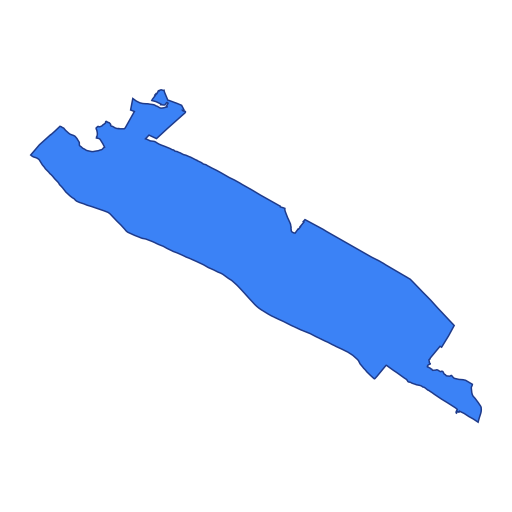 the district of Concesti, Botosani, Romania
{"feature_id": "2599482B49154697051389", "entity_name": "Concesti", "entity_type": "district", "adm_level": 2, "iso_a3": "ROU", "parent_name": "Romania", "parent_adm1": "Botosani", "projection": "natural_earth1", "projection_center": [26.588, 48.143], "detail": "fine", "context": "isolated", "style": "filled", "palette": "blue", "viewbox_px": 512, "rotation_deg": 0, "n_neighbors": 0, "source": "geoboundaries", "source_scale": "gbopen_adm2", "svg_char_len": 5979}
<svg xmlns="http://www.w3.org/2000/svg" viewBox="0 0 512 512"><path d="M478.1,422.2L479.3,417.8L480.6,413.8L481.1,411.8L481.3,409.7L481.1,407.3L480.7,406.3L478.3,402.7L475.1,398.4L474.4,397.6L473.1,396.2L472.3,394.6L471.8,392.7L471.3,388.1L471.4,387.0L472.1,385.6L472.4,384.3L465.6,380.3L463.0,379.7L458.9,379.4L454.2,378.3L452.4,376.6L451.8,375.7L451.6,375.5L451.1,375.5L450.7,375.6L450.0,376.1L449.5,376.2L446.7,375.9L446.1,375.6L445.4,374.7L444.7,374.4L444.1,373.9L442.9,371.6L442.6,371.4L441.8,371.2L441.4,371.3L441.0,371.6L440.5,371.6L439.6,371.2L437.7,370.0L436.7,369.8L435.2,370.2L433.8,370.2L432.9,370.4L432.5,370.2L432.2,369.9L431.7,369.1L430.8,368.8L430.3,368.2L429.1,367.7L428.6,367.2L428.4,367.1L427.5,367.0L427.4,366.9L427.4,366.2L427.5,365.9L428.4,364.7L429.8,364.3L430.1,364.1L430.2,363.8L430.2,363.5L429.6,363.0L429.4,362.7L429.3,362.3L429.3,361.6L429.3,361.3L429.0,360.5L428.9,360.0L429.0,359.7L429.8,359.2L429.7,358.9L430.2,358.4L430.3,358.0L440.0,346.3L441.6,347.2L448.6,335.8L454.2,325.5L437.9,308.2L430.7,300.2L422.9,292.3L412.6,281.6L410.2,279.2L385.6,264.8L383.0,263.1L382.7,263.0L379.3,261.0L371.7,257.2L326.4,231.4L323.2,229.4L305.0,219.6L303.2,221.6L303.9,222.1L300.1,226.7L300.4,226.9L298.5,229.2L298.1,229.0L295.1,233.1L293.8,232.9L292.5,232.3L292.0,231.9L291.6,231.4L291.3,230.9L291.2,230.5L291.2,229.9L291.0,228.4L291.0,228.0L291.1,227.1L290.8,226.2L290.6,224.6L290.4,223.8L288.4,219.3L287.7,217.9L285.4,211.9L285.0,210.6L284.9,210.0L284.8,209.1L284.9,208.4L283.3,207.8L280.3,206.9L280.2,206.1L279.0,205.5L260.3,195.0L252.5,190.3L241.7,184.2L240.3,183.3L234.4,180.0L229.2,177.5L221.4,173.0L216.5,170.3L211.8,168.0L208.7,166.3L207.8,165.9L206.1,164.8L204.9,164.4L203.4,164.1L202.7,163.5L201.2,162.5L197.0,160.5L197.0,160.3L195.5,159.7L190.5,157.1L189.3,156.7L185.9,155.2L183.8,154.7L182.9,154.3L180.1,152.8L178.6,152.3L177.3,151.6L175.2,151.2L174.6,150.9L174.3,150.5L173.6,150.0L172.2,149.7L170.2,148.6L164.6,146.3L161.6,145.2L159.2,144.2L157.6,143.3L155.9,142.2L154.8,141.6L154.2,141.4L153.6,141.3L150.3,140.9L148.6,140.1L147.1,139.4L145.5,138.8L149.0,135.1L156.5,138.6L167.2,128.7L183.7,114.0L184.6,113.3L185.4,112.3L185.4,111.5L184.7,111.2L184.1,111.2L183.2,110.9L182.5,110.5L182.4,110.3L182.6,110.3L183.6,110.4L184.0,110.3L184.0,109.9L181.6,105.3L177.3,103.5L175.5,102.8L174.7,102.6L174.1,102.3L168.9,100.4L167.8,100.1L164.5,92.2L164.0,90.2L163.5,90.4L162.9,90.4L162.4,90.1L161.8,90.0L161.3,89.8L160.9,89.8L160.4,90.1L159.8,90.2L159.5,90.4L159.3,90.8L158.9,90.6L158.7,90.6L158.2,91.0L157.5,92.7L157.3,92.8L156.6,94.0L156.1,93.6L154.8,95.1L155.3,95.5L152.4,99.3L151.8,100.5L155.9,101.6L160.9,104.0L160.7,104.7L161.1,104.7L163.8,105.0L164.9,104.9L166.7,102.5L167.1,102.4L167.9,103.0L168.1,103.2L166.4,106.3L167.2,106.7L167.2,106.8L166.9,107.0L166.3,107.1L163.7,107.8L161.8,108.1L160.8,108.1L160.1,107.9L158.9,107.3L157.5,106.4L155.8,105.8L155.1,105.3L154.0,104.8L152.5,104.5L150.1,104.2L147.9,103.8L145.2,103.7L142.7,103.5L139.8,102.8L136.4,101.1L132.8,98.5L130.6,110.0L134.4,111.5L125.5,127.4L125.1,128.0L124.5,128.6L124.1,128.8L123.6,128.8L120.5,128.8L119.7,128.8L119.4,128.6L118.5,128.5L118.4,128.7L116.2,128.3L115.3,128.0L112.4,126.3L111.5,126.2L111.0,125.9L110.6,125.5L110.7,124.5L110.4,124.0L109.2,122.7L108.6,122.6L108.4,122.4L107.9,122.4L107.4,122.2L107.0,121.7L106.5,121.4L106.0,121.4L105.7,121.7L105.5,122.2L105.6,122.8L105.1,123.4L102.9,124.9L101.8,126.0L101.1,126.3L99.5,126.8L98.8,126.7L98.1,126.4L97.8,126.5L97.4,126.9L96.3,127.7L96.1,128.8L96.7,129.9L97.2,132.1L97.4,134.1L96.9,136.8L96.6,136.8L96.4,138.0L98.8,138.5L99.7,139.0L100.2,139.5L102.8,143.7L104.6,147.2L103.6,147.8L103.1,148.3L102.4,149.2L101.5,149.7L99.6,150.2L98.4,150.7L95.7,151.1L93.0,151.6L91.9,151.6L90.3,151.3L87.6,150.7L86.6,150.4L86.0,150.1L84.3,149.0L82.8,148.3L82.0,147.6L81.3,146.9L80.0,146.0L79.6,145.5L79.4,145.3L79.3,142.5L79.0,141.9L77.8,140.0L77.0,138.6L75.5,136.8L74.8,136.1L73.4,135.4L70.6,134.4L69.8,134.0L68.6,133.1L65.5,130.3L63.7,128.1L62.1,127.4L61.6,126.9L60.0,126.3L54.7,131.3L50.8,134.8L50.6,134.7L39.4,144.8L30.7,155.0L32.3,156.3L33.7,157.0L36.3,157.8L37.3,158.3L38.9,159.4L39.3,159.9L42.3,164.8L44.5,167.4L45.3,168.7L48.8,172.2L49.4,173.0L49.9,173.6L51.2,174.7L52.7,176.3L54.6,178.7L58.1,182.3L58.9,183.4L59.5,184.6L61.0,186.1L62.3,187.5L64.2,189.9L65.9,192.1L69.9,195.8L72.2,197.6L74.3,198.9L75.5,200.3L76.7,201.2L79.4,202.4L84.0,203.9L87.1,205.2L91.2,206.4L104.0,210.8L108.1,212.4L110.0,213.8L116.8,221.0L121.0,225.1L124.8,229.3L126.1,230.9L127.3,231.9L127.9,232.3L134.7,235.4L139.6,237.3L141.0,237.9L142.5,238.4L145.4,238.9L146.6,239.3L152.3,241.5L155.2,242.8L156.3,243.4L158.7,244.5L163.3,246.3L167.0,248.4L172.4,251.0L173.1,251.4L177.2,252.9L182.2,255.1L184.7,256.3L186.0,257.0L188.7,258.0L196.6,261.5L203.2,264.6L204.3,265.2L208.2,267.5L213.7,269.9L217.8,272.0L220.6,273.1L222.7,274.2L228.3,278.3L231.5,280.3L232.6,281.2L236.7,284.9L237.9,286.1L242.5,291.0L248.9,298.1L254.8,304.5L256.7,306.3L259.0,308.2L261.3,309.8L268.3,314.1L271.5,315.9L279.1,319.5L282.9,321.2L291.2,325.4L300.7,329.8L310.4,333.7L315.7,336.5L325.2,341.1L327.8,342.2L332.3,344.6L334.5,345.6L335.7,346.3L342.2,349.3L346.6,351.5L347.7,352.0L352.8,355.3L357.5,359.5L358.5,360.7L360.1,363.9L362.7,367.0L363.6,368.2L365.4,370.0L366.8,371.8L370.5,375.4L373.1,377.8L374.3,378.8L374.9,378.6L377.0,376.3L386.0,365.4L386.3,365.3L386.6,365.4L388.9,367.1L393.2,370.2L397.1,372.8L404.0,377.8L406.6,379.5L408.0,381.6L408.7,382.0L410.5,382.3L411.8,383.1L413.5,383.7L415.4,384.3L416.2,384.7L419.8,385.4L420.7,385.7L421.5,386.0L422.8,387.0L424.0,387.2L425.4,388.1L426.6,389.1L428.2,390.3L428.8,390.4L429.2,390.7L430.0,391.3L432.2,392.7L434.2,394.2L441.5,399.1L447.1,402.5L455.4,407.8L456.4,408.6L457.2,409.3L457.3,409.4L456.6,410.7L456.1,411.9L456.1,412.5L456.1,412.8L456.4,413.0L456.5,413.1L456.9,412.6L457.0,412.1L457.5,411.5L457.8,411.5L458.8,412.2L459.0,412.2L459.5,411.2L464.1,413.4L468.8,416.5L473.3,419.0L478.1,422.2Z" fill="#3b82f6" stroke="#1e3a8a" stroke-width="1.5"/></svg>